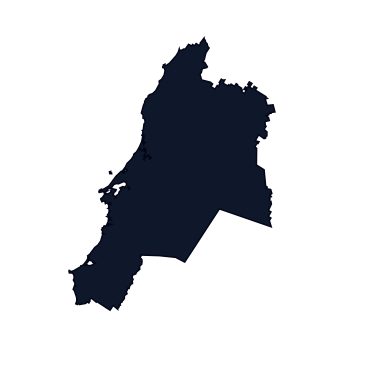 the district of Break O'Day, Tasmania, Australia, rotated 202°
{"feature_id": "25037944B7589359748935", "entity_name": "Break O'Day", "entity_type": "district", "adm_level": 2, "iso_a3": "AUS", "parent_name": "Australia", "parent_adm1": "Tasmania", "projection": "albers", "projection_center": [148.247, -41.391], "detail": "fine", "context": "isolated", "style": "filled", "palette": "ink", "viewbox_px": 384, "rotation_deg": 202, "n_neighbors": 0, "source": "geoboundaries", "source_scale": "gbopen_adm2", "svg_char_len": 6062}
<svg xmlns="http://www.w3.org/2000/svg" viewBox="0 0 384 384"><g transform="rotate(202 192 192)"><path d="M255.7,45.9L254.2,45.5L249.1,48.7L247.6,50.9L246.1,50.5L245.7,52.5L246.6,54.4L245.1,55.8L239.5,54.0L239.3,54.8L223.7,51.7L222.6,57.3L217.1,55.5L217.4,56.0L216.7,57.2L216.7,59.4L216.0,60.3L216.7,60.8L216.7,62.8L215.7,63.6L215.9,65.2L215.1,66.1L214.9,68.4L215.6,69.6L215.5,71.2L214.1,73.3L215.6,75.0L215.2,77.8L215.7,78.7L214.2,79.1L214.6,81.2L213.9,83.9L212.9,84.8L214.1,87.3L213.9,89.0L215.5,90.2L215.9,92.8L213.5,94.9L213.5,96.8L211.5,100.8L212.8,103.5L211.6,106.2L212.2,108.6L213.2,110.6L216.0,112.0L215.3,113.4L216.0,114.3L198.6,120.7L182.7,125.3L172.5,124.3L160.3,186.6L105.5,189.4L109.6,194.5L109.1,197.4L112.0,197.9L111.3,203.1L114.2,203.6L113.9,210.6L115.4,212.9L116.2,212.3L117.6,214.4L117.1,214.7L118.1,216.3L116.7,217.3L118.6,218.6L117.4,220.5L120.0,223.8L124.4,222.9L124.1,224.7L125.9,225.0L133.5,239.6L142.4,241.2L148.5,256.8L150.6,257.2L149.9,261.8L149.0,261.7L148.7,263.7L152.5,263.2L151.6,270.0L145.2,268.5L144.4,269.1L145.0,269.3L144.8,270.3L144.2,270.3L144.2,271.7L143.6,272.1L145.0,275.8L148.3,277.0L148.5,278.3L147.9,280.6L149.1,281.4L150.4,284.0L150.4,284.9L147.1,287.2L149.0,289.7L151.9,290.7L149.8,292.2L150.5,293.2L148.2,294.6L148.6,295.3L145.1,297.3L149.5,303.2L154.7,300.4L159.0,305.7L157.3,307.0L159.3,307.3L159.2,308.1L171.4,310.2L170.9,312.8L173.9,313.3L174.4,310.2L177.8,310.8L177.0,315.1L180.1,315.6L180.6,312.7L179.2,312.5L179.9,307.9L181.1,308.1L180.8,309.3L181.8,309.5L182.3,306.8L179.8,306.4L180.3,303.0L183.7,303.6L183.4,305.4L185.1,305.7L184.9,306.8L188.9,307.5L190.2,308.2L190.1,308.7L191.6,309.0L192.2,305.9L196.2,306.7L196.5,305.0L198.2,305.3L198.5,303.8L203.4,304.4L203.9,306.0L203.6,308.2L205.4,307.3L207.1,307.6L207.8,303.8L206.7,303.6L207.0,301.7L206.5,301.6L206.8,299.9L208.5,300.2L209.2,296.0L213.9,296.8L213.4,299.9L216.1,300.7L225.0,299.5L228.7,304.1L228.1,306.3L228.7,310.2L225.0,312.8L224.6,313.8L228.9,317.0L230.7,316.5L230.3,319.6L231.2,326.2L230.1,331.9L232.1,333.0L233.4,335.0L235.5,336.0L236.7,337.8L237.6,337.7L238.5,339.3L240.3,332.6L239.6,333.4L240.2,330.5L243.8,331.2L244.3,328.6L246.7,329.0L247.0,327.4L250.5,327.6L251.8,321.9L253.1,321.6L254.8,319.5L256.7,318.8L257.4,319.8L257.1,316.8L257.7,312.6L261.0,303.2L263.3,299.6L264.8,299.4L265.0,300.3L266.2,299.1L265.6,298.1L266.1,297.3L265.7,296.4L264.4,296.8L262.5,294.6L261.6,290.2L262.4,285.0L264.0,282.6L262.7,280.0L263.6,272.3L265.4,268.4L267.7,266.5L268.6,264.8L268.3,262.5L269.6,261.3L269.8,258.0L269.3,257.5L269.5,254.2L268.5,246.2L266.3,245.2L265.0,242.0L262.4,242.1L263.1,241.8L261.5,238.8L262.0,237.1L260.5,231.5L261.1,230.5L260.5,230.3L259.6,227.9L259.7,225.7L258.5,225.5L258.3,226.1L257.9,226.3L257.8,226.5L257.6,226.3L258.3,225.8L257.5,225.0L257.0,225.5L256.7,222.1L255.6,220.6L253.7,220.4L254.7,219.4L254.6,218.0L255.6,218.9L255.2,220.1L256.6,221.4L257.1,219.2L256.7,221.3L257.8,224.9L258.6,225.4L257.5,219.7L257.7,213.5L253.8,211.6L253.0,213.2L253.2,214.5L252.1,214.8L249.8,212.8L249.5,212.0L249.9,207.5L249.0,208.2L247.7,207.2L248.2,208.1L247.6,208.7L246.5,209.0L246.5,209.8L246.3,210.0L246.4,209.0L247.1,208.7L245.0,208.8L244.4,208.0L243.7,209.1L243.0,209.1L242.7,208.8L243.8,207.0L242.2,207.3L243.9,206.9L243.2,209.0L244.3,207.8L245.0,208.6L247.6,208.6L247.9,208.0L247.4,207.5L247.8,207.0L249.2,207.9L248.3,205.0L249.0,204.4L248.4,204.3L248.2,204.0L248.9,204.1L249.0,204.3L248.9,204.6L248.5,205.1L249.4,207.5L250.2,207.5L249.6,211.5L250.1,212.7L252.6,214.6L253.0,213.5L252.1,214.0L250.8,212.4L251.6,211.7L252.5,212.4L252.5,213.4L254.0,211.2L256.8,212.7L257.5,210.2L257.2,211.9L257.8,213.1L258.5,208.3L260.1,205.4L259.7,204.0L260.5,199.6L262.9,194.2L263.1,190.5L264.2,186.1L263.4,185.8L262.2,187.5L262.8,187.9L262.7,188.8L260.5,188.3L260.5,186.2L263.8,185.4L263.4,184.3L262.2,184.1L262.6,183.6L263.6,184.1L264.2,185.7L265.5,184.5L268.4,178.0L271.3,166.6L274.8,161.8L276.1,160.6L277.2,160.7L277.3,159.9L278.5,159.1L278.5,157.6L277.9,156.8L274.1,159.3L272.4,157.6L272.4,159.6L270.8,161.4L271.8,161.1L271.2,163.1L268.3,165.6L267.3,169.7L265.1,171.6L263.3,172.0L258.8,176.5L257.6,176.1L256.9,176.8L255.2,173.8L253.3,173.1L252.7,173.5L250.7,171.4L251.9,170.7L252.6,172.4L253.2,172.4L253.3,172.9L253.6,173.0L255.6,171.0L255.9,172.2L256.5,171.1L258.1,171.2L260.0,169.2L259.4,169.1L260.2,168.2L259.4,169.0L258.1,168.9L259.8,168.3L258.8,167.8L258.7,166.9L259.5,165.2L259.4,162.0L260.7,160.5L260.5,158.3L261.0,157.6L261.4,159.2L264.2,159.4L263.9,161.0L264.5,161.9L263.2,163.9L263.1,165.8L266.9,165.3L268.0,164.3L267.4,161.2L269.3,158.6L270.7,158.7L272.1,157.3L273.0,153.3L273.9,151.9L273.5,151.8L273.8,151.0L271.8,149.2L270.9,150.3L268.7,151.0L268.8,149.9L267.9,148.7L266.7,150.0L265.3,150.7L265.0,150.4L265.1,150.1L264.3,151.4L262.4,151.7L263.6,150.8L263.2,150.0L261.8,150.1L262.5,149.7L263.9,149.9L264.6,149.8L264.8,149.6L264.3,149.2L265.2,149.8L265.2,150.5L266.1,150.1L263.5,147.6L263.7,146.9L263.1,146.1L263.7,145.4L262.8,145.4L261.5,143.0L261.1,143.1L260.7,143.7L260.5,143.8L261.1,143.0L261.6,142.8L261.2,140.3L261.8,139.6L260.8,138.5L261.9,137.4L259.3,137.0L258.2,137.7L258.3,136.7L256.6,135.6L257.7,135.4L259.7,137.0L258.6,132.7L258.9,128.8L257.2,131.3L254.6,131.9L256.8,129.9L258.3,129.5L258.2,128.4L260.8,127.7L260.9,125.8L261.8,125.2L261.3,124.2L261.7,123.2L260.0,121.9L259.8,120.1L258.0,120.2L258.5,119.8L258.1,118.2L259.0,119.4L258.3,112.4L259.3,107.7L261.4,104.0L263.5,96.0L264.8,93.8L262.9,92.8L262.2,90.9L261.2,90.3L258.0,90.6L257.8,89.6L253.8,90.0L256.3,89.3L256.7,87.3L259.8,85.0L262.1,85.2L263.8,83.3L262.1,89.2L263.2,92.1L264.5,93.2L263.8,91.5L263.9,88.9L265.6,83.4L267.4,81.9L267.1,81.4L267.9,80.2L272.2,74.7L274.3,72.9L276.5,73.3L276.5,72.7L275.4,71.0L272.6,72.1L270.6,71.0L269.0,68.3L269.0,66.0L268.5,65.4L267.6,65.6L267.2,65.6L268.2,65.3L266.6,64.0L265.4,61.2L264.9,61.1L265.2,60.9L265.9,61.8L265.7,57.2L264.1,56.5L259.4,50.9L258.0,47.8L257.9,44.8L256.2,44.7L255.7,45.9ZM275.1,180.6L276.1,179.9L275.2,178.2L273.3,178.8L273.7,179.6L274.8,179.4L275.1,180.6Z" fill="#0f172a" stroke="#020617" stroke-width="1.5"/></g></svg>